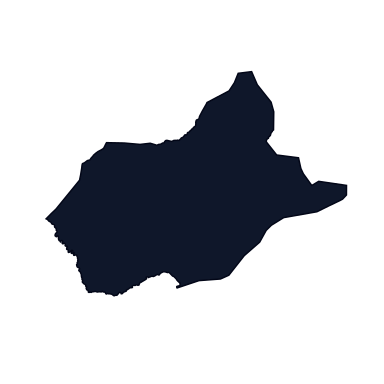 outline of Erdenebu'ren, Hovd, Mongolia, rotated 157°
{"feature_id": "93677404B52597383126449", "entity_name": "Erdenebu'ren", "entity_type": "district", "adm_level": 2, "iso_a3": "MNG", "parent_name": "Mongolia", "parent_adm1": "Hovd", "projection": "natural_earth1", "projection_center": [91.409, 48.452], "detail": "fine", "context": "isolated", "style": "filled", "palette": "ink", "viewbox_px": 384, "rotation_deg": 157, "n_neighbors": 0, "source": "geoboundaries", "source_scale": "gbopen_adm2", "svg_char_len": 6110}
<svg xmlns="http://www.w3.org/2000/svg" viewBox="0 0 384 384"><g transform="rotate(157 192 192)"><path d="M56.2,126.6L51.0,128.9L47.2,137.7L71.2,152.3L79.2,151.2L82.4,165.3L82.6,171.1L80.6,181.9L99.6,193.0L104.1,209.4L103.6,209.8L103.2,210.7L102.7,211.1L102.0,211.4L101.0,211.6L100.7,211.6L100.4,212.0L100.3,212.6L100.0,212.8L99.7,212.8L99.3,212.8L98.9,212.9L98.6,213.1L98.0,213.4L97.7,213.5L97.6,213.8L97.0,214.4L96.8,215.0L96.6,215.2L96.2,215.3L96.1,215.6L95.7,215.8L94.8,216.2L94.5,216.3L94.4,216.6L94.0,216.9L92.7,217.3L85.4,233.9L84.1,243.8L90.0,265.2L90.1,279.5L103.1,283.2L110.3,276.0L118.4,270.6L143.2,268.5L144.5,267.3L150.7,262.6L155.1,259.0L155.8,258.3L156.1,258.0L156.3,257.5L156.7,257.0L157.6,256.4L157.8,256.4L158.3,256.5L159.6,256.5L159.9,256.4L160.3,256.1L160.6,255.4L161.2,255.0L161.8,253.3L162.4,252.3L162.9,251.6L163.5,251.1L164.4,251.1L165.5,250.8L166.0,250.4L166.4,250.0L166.7,249.9L167.3,250.0L167.8,249.9L168.6,249.3L168.9,249.2L169.3,249.2L169.7,249.1L170.3,248.8L171.1,248.3L171.6,248.3L172.5,248.4L173.0,248.2L173.3,248.0L173.9,247.1L174.3,246.8L175.0,246.8L175.9,247.3L176.3,247.3L177.0,247.0L177.7,246.4L179.0,245.9L179.9,245.9L180.6,245.9L181.0,245.8L181.3,245.6L181.7,245.2L182.5,245.1L183.4,244.5L183.9,244.6L184.4,244.9L184.7,245.3L185.2,245.2L187.5,246.2L188.4,246.5L188.9,246.6L190.3,246.4L190.7,246.5L191.4,246.8L194.8,249.3L195.7,249.6L196.1,249.6L196.8,249.4L197.6,249.0L198.2,248.3L198.6,248.2L199.1,248.2L199.5,248.5L200.0,248.5L200.6,248.5L201.1,248.3L201.9,248.3L202.8,248.4L203.9,248.8L205.1,248.8L206.0,248.6L206.4,249.0L207.3,249.8L211.4,253.2L221.2,256.1L235.3,263.6L251.4,270.8L252.7,269.8L253.4,269.2L253.8,268.8L254.9,267.9L255.8,267.1L256.4,266.8L257.3,266.5L258.7,266.3L259.5,266.2L261.8,266.0L262.4,266.0L265.4,265.3L268.4,264.3L269.2,263.7L269.7,263.5L271.7,262.6L273.3,261.5L273.7,261.4L275.2,261.7L276.1,261.8L277.6,261.4L279.2,261.0L279.9,260.9L281.7,260.9L282.3,260.3L283.0,259.2L284.1,257.2L287.8,251.3L290.9,246.8L323.9,229.4L329.8,227.2L336.8,224.3L336.6,224.0L336.1,223.7L335.8,223.3L335.6,222.7L335.4,222.0L335.2,221.3L334.9,220.8L333.8,219.5L333.6,218.9L333.5,217.5L332.7,216.6L331.9,216.0L331.6,215.5L331.5,214.7L332.1,213.8L332.1,213.2L331.6,212.2L331.3,211.3L331.5,210.7L331.9,210.0L331.6,208.5L331.6,208.1L331.9,207.7L332.9,207.4L333.7,207.1L334.3,206.6L334.9,205.8L335.1,205.1L334.9,204.7L334.6,204.4L334.5,204.0L334.2,203.8L333.0,204.3L332.6,204.2L332.5,203.5L332.6,202.8L333.3,200.6L333.3,199.3L332.6,198.3L332.6,197.5L332.4,197.3L332.2,197.4L331.7,198.0L331.4,198.2L330.8,198.2L330.5,197.9L330.3,197.7L330.3,197.2L330.3,196.8L330.4,196.5L330.6,196.3L331.2,196.1L331.4,195.8L331.5,195.2L331.4,195.0L331.1,194.8L330.7,194.7L330.2,194.8L329.6,194.8L329.2,194.4L329.0,194.0L329.0,193.6L329.4,192.9L329.7,192.2L329.6,191.7L328.5,191.0L328.1,190.6L328.2,190.1L328.8,189.8L329.4,189.1L329.7,188.4L329.6,188.0L328.9,187.5L328.7,187.1L328.7,186.7L329.2,185.6L329.4,185.0L329.2,184.6L328.4,184.5L327.5,184.7L326.6,185.1L325.7,185.3L325.0,185.0L324.7,184.7L324.8,184.5L325.8,184.4L326.3,184.1L326.9,183.4L327.0,182.9L326.7,182.5L326.3,182.2L324.7,182.7L324.4,182.6L324.1,182.1L324.1,181.7L325.3,180.9L325.5,180.4L325.5,179.9L324.9,179.6L324.1,179.6L323.5,179.5L323.1,179.1L322.8,178.7L322.9,178.2L323.0,177.4L322.9,176.6L323.4,175.3L323.3,174.1L323.8,173.8L324.0,173.6L324.0,173.0L324.1,172.6L325.2,172.0L325.3,171.5L325.5,171.0L326.1,170.5L326.6,170.2L326.9,168.9L326.9,167.9L326.4,167.1L325.5,166.1L325.4,165.3L325.7,164.9L326.5,164.5L326.8,164.1L326.8,163.6L326.5,162.8L326.1,162.4L326.1,161.2L326.1,159.4L326.7,157.7L326.9,156.7L326.9,155.5L327.4,154.5L327.3,154.1L327.1,153.5L327.3,153.1L327.7,152.7L327.9,152.4L328.0,152.0L328.1,151.8L327.8,151.3L327.7,150.4L327.6,150.1L326.4,148.5L326.3,148.1L326.2,147.8L326.4,147.4L326.6,147.1L326.6,146.8L326.4,146.5L326.2,146.2L326.0,145.9L326.1,145.6L326.7,145.2L327.0,144.8L327.1,144.2L327.0,143.9L327.1,143.3L327.0,143.0L326.7,142.7L326.4,142.5L326.2,142.3L326.2,141.4L326.2,141.0L326.4,140.7L326.5,140.5L326.3,140.0L326.0,139.8L325.5,139.7L325.2,139.9L324.8,139.8L324.5,139.3L324.0,139.0L323.6,139.0L322.8,139.1L322.3,139.0L322.1,138.8L321.1,138.6L320.5,138.4L320.0,138.4L319.6,138.1L319.2,137.7L318.3,137.0L317.8,136.8L317.2,136.7L316.2,136.3L315.8,136.2L315.3,136.0L314.8,135.5L314.5,135.5L313.4,135.7L313.2,135.5L313.1,135.4L313.1,135.1L313.0,134.9L312.6,134.6L312.1,134.3L311.6,134.1L311.2,133.6L311.1,133.4L311.0,133.0L311.1,132.6L311.1,132.2L310.9,131.8L310.7,131.6L310.4,131.5L309.7,131.6L309.3,131.5L308.3,130.7L307.6,130.5L307.0,130.2L306.9,130.0L306.6,130.0L305.6,129.0L304.6,127.2L304.2,126.9L303.9,126.9L303.6,126.8L303.1,126.9L302.6,126.8L302.2,126.7L301.6,126.3L300.9,126.5L298.7,127.7L297.9,128.0L297.0,127.4L296.9,126.8L297.0,126.1L296.6,125.8L296.0,125.7L295.6,125.8L294.9,126.2L294.3,126.5L292.3,126.5L291.7,126.4L291.3,126.5L291.0,126.8L290.8,127.3L290.3,127.5L289.6,127.3L288.1,127.7L287.7,127.7L287.6,127.8L286.9,128.1L286.1,127.9L285.4,127.6L284.9,127.6L284.7,127.5L284.2,127.4L284.0,127.9L283.7,128.6L283.6,128.8L282.7,129.0L282.2,128.9L281.7,128.7L281.1,128.3L280.6,128.2L279.7,128.4L279.4,128.3L279.0,127.9L278.7,127.6L277.5,127.1L277.0,127.2L276.7,127.8L276.0,128.2L275.2,129.0L274.5,129.1L274.0,129.0L273.7,128.8L273.2,129.1L272.4,129.1L270.9,129.3L268.7,129.6L267.7,130.0L267.5,130.8L267.5,131.4L266.8,131.5L266.3,131.5L265.8,131.0L265.5,130.4L265.3,130.2L264.3,130.4L263.6,130.2L262.5,130.3L261.1,129.7L260.5,129.3L259.8,129.3L259.0,129.3L256.9,129.7L256.2,129.7L255.0,128.6L254.5,128.5L254.0,128.8L253.1,129.5L250.0,129.8L249.2,129.6L247.9,129.0L246.6,127.9L246.0,127.4L244.8,127.1L244.4,126.7L242.7,122.2L242.1,121.7L241.7,121.2L240.5,118.3L240.3,116.8L239.9,115.6L239.1,113.8L238.8,113.3L238.7,113.1L238.8,112.6L238.9,112.3L239.1,111.4L239.4,111.1L239.9,110.7L240.6,110.6L241.0,110.8L241.8,110.9L242.7,111.0L243.0,110.9L243.3,110.1L243.2,109.5L220.2,107.7L199.8,100.8L190.6,101.0L168.8,113.0L149.3,119.4L138.7,127.7L131.9,130.4L117.6,132.6L84.7,125.0L71.1,125.8L67.7,125.9L62.2,126.2L59.6,126.3L56.2,126.6Z" fill="#0f172a" stroke="#020617" stroke-width="1.5"/></g></svg>